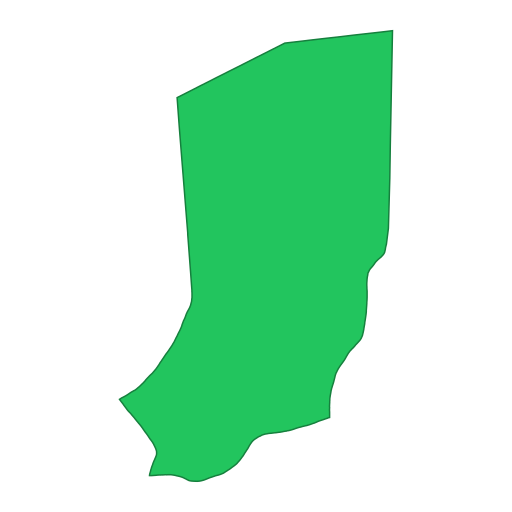 Al Qaff, Hadramawt, Yemen (Albers equal-area conic projection)
{"feature_id": "15242507B27832262197062", "entity_name": "Al Qaff", "entity_type": "district", "adm_level": 2, "iso_a3": "YEM", "parent_name": "Yemen", "parent_adm1": "Hadramawt", "projection": "albers", "projection_center": [48.909, 17.431], "detail": "fine", "context": "isolated", "style": "filled", "palette": "green", "viewbox_px": 512, "rotation_deg": 0, "n_neighbors": 0, "source": "geoboundaries", "source_scale": "gbopen_adm2", "svg_char_len": 6039}
<svg xmlns="http://www.w3.org/2000/svg" viewBox="0 0 512 512"><path d="M392.5,30.7L381.6,32.0L368.2,33.5L353.8,35.1L339.7,36.8L326.1,38.3L312.2,39.9L298.8,41.5L284.8,43.1L272.2,49.5L264.9,53.2L256.9,57.2L245.1,63.2L237.0,67.3L229.0,71.3L216.7,77.5L209.1,81.4L201.1,85.4L189.2,91.5L177.1,97.6L179.4,128.7L186.7,220.2L187.8,233.8L187.7,233.9L190.7,273.7L191.6,286.3L191.7,287.6L191.8,288.8L191.9,290.0L191.9,291.5L192.0,292.8L192.0,294.0L192.0,297.6L191.8,299.0L191.7,300.2L191.5,301.8L191.1,303.1L190.8,304.3L190.5,305.5L190.0,306.7L189.6,307.7L188.9,309.0L188.3,310.1L187.5,311.5L186.8,313.0L186.3,314.1L185.8,315.5L185.2,317.2L184.6,318.6L184.1,319.7L183.5,320.8L183.1,322.0L182.6,323.3L182.1,324.6L181.8,325.8L181.4,326.9L180.8,328.3L180.2,329.6L180.1,329.9L179.5,331.1L178.9,332.2L178.4,333.2L177.8,334.4L177.2,335.8L175.9,338.2L175.4,339.3L174.8,340.5L174.2,341.8L173.4,343.1L172.7,344.2L172.1,345.4L171.3,346.5L170.6,347.6L169.8,348.7L168.9,350.1L168.5,350.7L168.0,351.4L167.2,352.5L166.3,353.6L165.6,354.6L164.9,355.7L164.0,357.0L163.3,358.1L162.6,359.1L162.3,359.5L161.5,360.8L160.8,361.8L160.6,362.0L159.8,363.2L159.1,364.5L158.1,365.9L157.3,367.1L156.5,368.2L155.7,369.3L154.8,370.3L154.0,371.3L153.2,372.2L152.4,373.2L151.4,374.1L150.3,375.1L149.4,376.0L148.4,377.1L147.5,378.0L146.6,379.0L145.6,380.1L144.8,381.2L144.0,382.0L143.1,383.0L142.0,384.0L139.9,386.1L139.0,386.9L138.0,387.7L137.0,388.6L135.9,389.5L134.9,390.2L134.3,390.5L133.8,390.7L132.8,391.3L131.7,391.9L130.7,392.5L128.4,394.1L125.9,395.7L124.8,396.3L123.7,396.9L122.5,397.5L121.5,398.0L120.2,398.9L119.5,399.3L119.9,399.9L120.8,401.1L121.8,402.4L122.9,403.8L123.7,405.0L124.6,406.2L126.1,408.2L126.9,409.3L127.8,410.5L128.7,411.5L129.7,412.5L130.6,413.4L131.7,414.8L134.3,417.8L135.1,418.9L136.1,420.1L136.4,420.5L136.8,421.0L137.6,421.9L138.6,423.2L139.5,424.2L140.4,425.3L141.4,426.6L142.1,427.6L142.3,427.8L142.8,428.6L143.7,429.9L144.6,431.2L145.3,432.2L146.1,433.2L147.0,434.4L147.7,435.4L148.5,436.6L149.2,437.7L150.0,438.9L150.7,439.8L151.4,440.7L152.4,442.1L153.1,443.3L153.5,443.9L153.8,444.6L154.5,446.0L155.2,447.5L155.7,448.6L156.1,449.8L156.5,451.0L156.6,452.5L156.6,453.9L156.4,455.2L155.9,456.5L155.5,457.5L155.0,458.6L154.5,459.9L153.9,461.1L153.3,462.6L152.9,463.7L152.6,464.7L152.4,465.2L151.9,466.5L151.5,467.6L151.2,468.8L150.8,469.9L150.5,471.3L150.1,472.7L149.7,474.1L149.5,475.4L149.5,475.6L149.8,475.6L151.2,475.6L153.0,475.5L154.1,475.4L155.8,475.3L157.4,475.1L159.0,475.0L160.4,475.0L161.5,474.9L162.9,474.9L164.3,474.8L165.5,474.7L166.6,474.8L168.0,474.7L169.5,474.7L170.7,474.7L171.7,474.8L173.0,475.0L174.3,475.2L175.7,475.5L176.8,475.8L178.3,476.1L179.5,476.4L180.6,476.7L182.1,477.2L183.4,477.7L184.5,478.3L185.6,478.8L186.7,479.4L187.7,479.9L188.9,480.5L190.1,480.8L191.3,481.0L192.7,481.1L194.3,481.2L197.2,481.3L198.3,481.2L199.5,481.1L201.1,480.8L201.5,480.7L202.3,480.5L203.4,480.2L204.6,479.8L206.1,479.2L207.1,478.8L208.3,478.3L209.3,477.9L210.7,477.4L212.0,477.0L213.1,476.6L214.3,476.2L215.4,475.8L216.9,475.4L218.2,475.1L219.8,474.6L220.9,474.2L222.1,473.7L223.5,473.1L224.7,472.3L225.9,471.5L227.2,470.7L228.2,470.0L229.4,469.3L230.4,468.6L231.8,467.5L232.3,467.1L232.9,466.7L233.7,466.1L233.9,466.0L234.9,465.2L235.9,464.4L236.9,463.5L237.9,462.3L239.0,461.1L239.8,460.2L240.6,459.1L241.3,458.2L242.0,457.2L242.9,456.1L243.8,454.7L244.6,453.3L245.7,451.7L246.7,450.1L247.7,448.7L248.3,447.6L249.0,446.3L249.7,445.1L250.6,443.7L251.2,442.9L251.5,442.4L252.6,441.1L253.5,440.2L254.5,439.4L255.7,438.6L256.8,437.9L258.3,436.9L259.3,436.4L260.4,436.0L261.5,435.3L262.7,434.8L263.8,434.5L264.6,434.2L265.0,434.1L266.2,433.9L267.4,433.7L268.9,433.4L270.3,433.3L271.5,433.2L272.9,433.0L273.8,432.9L274.5,432.8L276.0,432.7L277.3,432.5L278.7,432.3L279.9,432.2L281.1,432.0L282.2,431.8L283.5,431.5L285.1,431.2L286.3,431.1L287.5,430.7L287.9,430.7L288.7,430.6L289.9,430.3L291.4,429.9L292.7,429.5L294.2,429.0L295.8,428.4L297.4,427.9L299.0,427.4L300.8,427.0L302.4,426.5L304.1,426.1L305.3,425.8L306.9,425.5L308.1,425.1L309.5,424.7L310.9,424.2L312.0,423.8L313.1,423.4L314.2,423.1L315.6,422.5L316.8,422.0L317.2,421.8L317.8,421.5L319.4,420.9L321.8,420.1L322.8,419.8L324.2,419.3L325.6,418.8L327.2,418.3L328.3,417.8L329.6,417.5L329.6,416.2L329.6,415.0L329.6,414.3L329.6,413.4L329.6,412.0L329.5,410.5L329.5,408.9L329.6,407.7L329.5,406.5L329.6,404.0L329.7,402.8L329.7,401.5L329.8,400.2L329.8,398.8L330.0,397.3L330.2,396.0L330.4,394.8L330.5,394.3L330.6,393.7L330.9,392.0L331.1,390.6L331.4,389.5L331.7,388.2L332.1,387.0L332.5,385.6L332.8,384.7L332.9,384.4L333.3,383.1L333.7,381.8L334.0,380.5L334.3,379.4L334.6,378.2L334.9,377.0L335.2,375.6L335.6,374.4L336.0,373.2L336.6,372.1L337.2,370.8L338.3,368.7L339.0,367.6L339.8,366.3L340.1,366.0L340.6,365.2L343.0,362.0L343.7,361.0L344.5,359.8L345.2,358.7L345.8,357.6L346.4,356.5L347.0,355.5L347.7,354.3L348.5,353.0L349.2,352.1L349.9,351.1L351.0,350.0L352.1,348.8L353.0,348.0L353.5,347.4L354.4,346.5L355.7,344.8L356.9,343.6L358.0,342.4L359.0,341.3L359.9,340.3L360.6,339.3L361.3,338.1L361.9,336.7L362.4,335.6L362.7,334.3L363.0,333.1L363.3,331.8L363.6,330.3L363.8,329.3L363.8,329.0L364.0,327.8L364.2,326.6L364.4,325.5L364.7,323.8L364.8,322.4L365.0,321.2L365.2,320.0L365.4,318.7L365.6,317.3L365.8,315.9L366.0,314.6L366.3,311.8L366.3,310.4L366.4,309.2L366.5,307.8L366.6,306.5L366.7,305.2L366.7,304.9L366.8,303.8L366.8,302.6L366.9,301.2L367.0,300.0L367.1,297.2L367.1,294.2L367.1,292.6L367.1,291.2L367.0,289.8L366.9,288.4L366.9,287.0L366.8,285.6L366.8,283.0L366.9,281.6L367.0,280.1L367.1,278.7L367.3,277.1L367.6,275.7L367.8,274.5L367.9,273.3L368.5,272.1L369.1,270.8L369.6,269.8L370.3,268.8L371.1,267.9L372.0,266.9L372.9,265.8L373.9,264.5L374.7,263.3L375.5,262.2L376.3,261.3L377.1,260.5L377.3,260.3L378.1,259.5L378.9,258.8L379.1,258.7L380.0,257.9L381.0,257.1L382.6,255.4L383.4,254.5L384.2,253.2L384.7,252.1L385.0,250.7L385.3,249.5L385.5,248.0L385.6,247.5L385.7,246.8L386.0,245.9L386.0,245.6L386.4,244.3L388.4,228.4L389.8,178.1L390.3,145.5L392.5,30.7Z" fill="#22c55e" stroke="#15803d" stroke-width="1.5"/></svg>